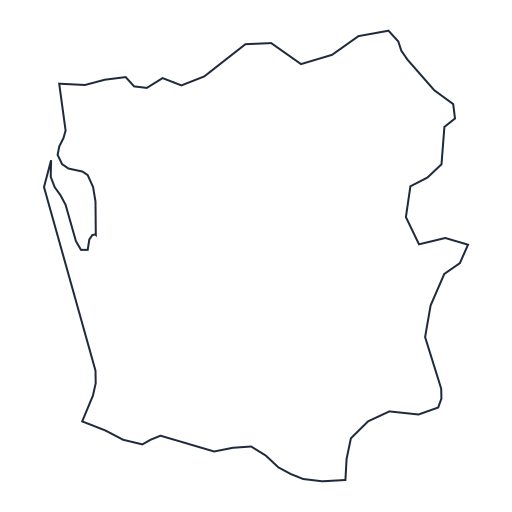 the border of Gampaha
{"feature_id": "LKA-2471", "entity_name": "Gampaha", "entity_type": "District", "adm_level": 1, "iso_a3": "LKA", "parent_name": "Sri Lanka", "parent_adm1": "", "projection": "orthographic", "projection_center": [79.983, 7.117], "detail": "fine", "context": "isolated", "style": "outline", "palette": "slate", "viewbox_px": 512, "rotation_deg": 0, "n_neighbors": 0, "source": "natural_earth", "source_scale": "10m", "svg_char_len": 1096}
<svg xmlns="http://www.w3.org/2000/svg" viewBox="0 0 512 512"><path d="M82.2,421.4L92.9,395.7L95.7,383.3L95.5,370.7L44.0,187.1L51.1,160.2L50.7,176.8L54.7,187.2L60.5,195.3L65.6,204.8L75.9,241.1L81.0,249.9L87.7,249.9L89.3,239.5L92.3,235.1L95.1,234.4L95.8,235.0L95.5,201.8L95.5,201.6L93.1,187.1L87.7,175.1L82.6,171.6L68.4,168.5L62.1,164.2L61.4,162.7L57.6,154.9L59.3,146.3L63.4,138.3L65.6,130.6L59.2,83.7L84.9,85.0L104.9,79.7L125.7,77.1L134.1,86.4L146.8,87.9L162.6,78.1L181.4,85.4L204.3,76.4L245.4,44.2L271.2,43.1L301.0,64.1L332.1,54.8L358.5,36.1L388.5,30.7L398.3,41.5L401.3,50.7L407.5,59.7L434.3,90.3L453.2,104.1L455.0,118.5L444.4,126.9L441.5,164.3L427.5,177.5L410.4,186.3L405.9,217.1L419.0,244.3L445.3,238.0L468.0,244.7L459.9,263.1L444.3,273.9L430.6,305.5L425.1,337.1L441.2,388.7L441.4,398.6L438.2,407.5L418.5,414.5L389.4,411.4L368.1,421.3L350.9,438.3L346.6,458.8L345.4,480.0L322.2,481.3L303.1,479.0L290.7,474.0L278.4,467.4L265.7,455.5L251.1,446.5L232.7,447.8L214.1,451.5L160.5,435.7L150.7,439.7L142.3,444.4L123.2,439.8L105.4,430.5L82.2,421.4Z" fill="none" stroke="#1e293b" stroke-width="2"/></svg>